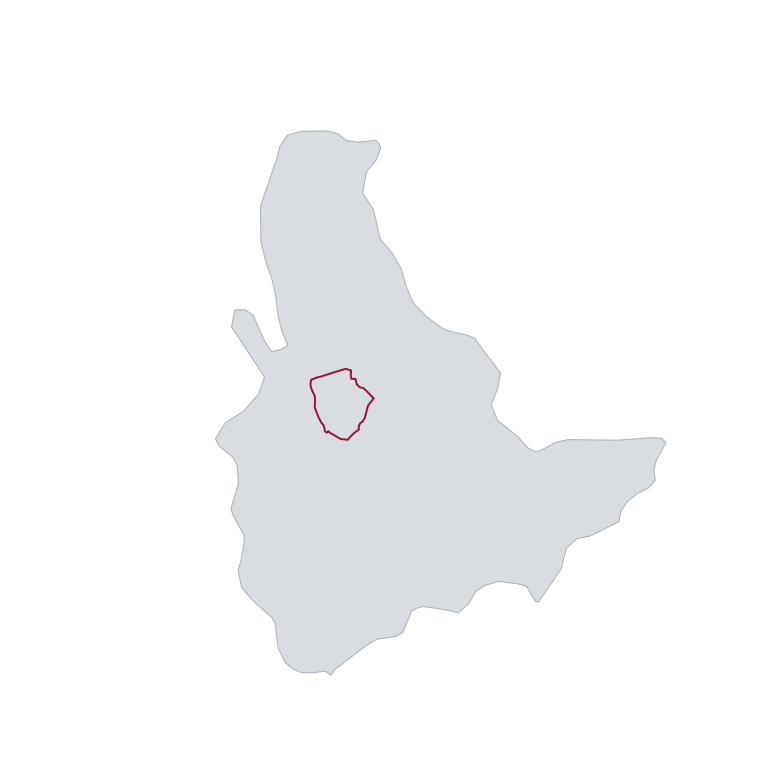 location of Sánchez Ramírez within Dominican Republic, rotated 242°
{"feature_id": "DOM-1395", "entity_name": "Sánchez Ramírez", "entity_type": "Province", "adm_level": 1, "iso_a3": "DOM", "parent_name": "Dominican Republic", "parent_adm1": "", "projection": "equal_earth", "projection_center": [-70.165, 19.005], "detail": "fine", "context": "in_parent", "style": "outline", "palette": "rose", "viewbox_px": 768, "rotation_deg": 242, "n_neighbors": 0, "source": "natural_earth", "source_scale": "10m", "svg_char_len": 2136}
<svg xmlns="http://www.w3.org/2000/svg" viewBox="0 0 768 768"><g transform="rotate(242 384 384)"><path d="M152.2,526.7L153.0,494.6L156.9,481.6L153.4,467.9L137.4,453.3L127.6,434.6L119.0,418.0L121.0,415.6L138.4,414.8L144.5,408.7L156.3,391.7L158.7,378.1L157.8,367.7L150.2,355.4L147.2,342.4L156.7,331.0L169.0,314.5L170.7,308.1L170.5,301.8L156.2,284.4L155.3,276.9L162.0,257.9L161.4,245.4L154.9,206.3L151.8,200.5L158.1,197.2L162.4,185.6L168.0,175.3L175.4,169.7L183.8,166.2L200.6,166.5L223.7,175.5L230.2,175.4L252.4,167.2L270.9,162.6L288.2,167.8L295.2,174.8L309.5,186.0L316.7,189.4L339.3,189.1L345.5,190.2L364.5,208.7L380.5,216.1L389.8,216.4L406.5,209.3L414.7,209.5L424.2,225.4L426.1,248.0L434.0,268.6L446.2,281.8L506.1,276.2L519.4,287.1L514.9,296.0L506.4,300.8L477.9,298.7L465.5,299.8L463.0,308.7L463.0,317.0L479.6,318.9L496.0,323.1L512.6,329.8L529.6,334.3L548.6,337.3L567.4,342.1L598.8,358.3L633.5,395.3L642.8,403.7L649.0,415.3L646.1,429.6L633.8,453.0L626.9,460.6L616.6,465.1L609.7,474.7L603.0,491.1L598.8,492.5L593.9,491.8L585.6,482.5L579.6,468.3L562.9,454.9L543.0,456.6L513.7,448.7L495.9,452.6L478.2,453.4L460.0,449.4L441.8,448.0L423.6,453.0L405.9,461.6L399.4,467.1L388.1,480.4L382.1,485.3L339.1,492.0L326.7,482.3L315.2,468.9L298.7,467.1L274.7,477.4L259.7,481.2L253.6,485.6L251.8,490.7L251.7,509.4L248.3,520.7L224.8,563.7L211.5,594.0L206.1,603.3L199.8,605.4L188.3,588.0L181.0,581.7L171.9,578.5L168.1,569.2L168.3,556.1L165.9,543.3L160.3,533.3L152.2,526.7Z" fill="#d9dde1" stroke="#a8b0b8" stroke-width="1"/><path d="M376.2,368.1L372.4,359.7L366.2,354.1L363.2,351.3L360.9,347.4L360.5,344.6L359.1,342.4L355.5,340.2L354.8,334.9L353.5,330.4L351.8,325.8L355.9,319.8L361.7,316.3L365.2,314.0L368.4,312.5L368.1,311.9L367.9,311.4L367.8,310.6L367.4,310.8L370.0,309.6L372.8,310.6L375.9,311.3L378.8,310.6L385.2,310.5L391.6,311.4L395.7,311.8L399.4,314.0L402.7,315.9L406.1,317.3L410.6,317.4L415.2,317.8L418.8,319.2L421.9,321.7L421.4,326.9L420.1,332.2L417.9,344.7L415.4,357.3L411.4,361.3L406.7,358.4L403.8,357.7L402.0,361.1L399.4,360.6L396.4,359.8L392.6,361.0L389.8,364.1L383.7,366.0L376.2,368.1Z" fill="none" stroke="#9f1239" stroke-width="2"/></g></svg>